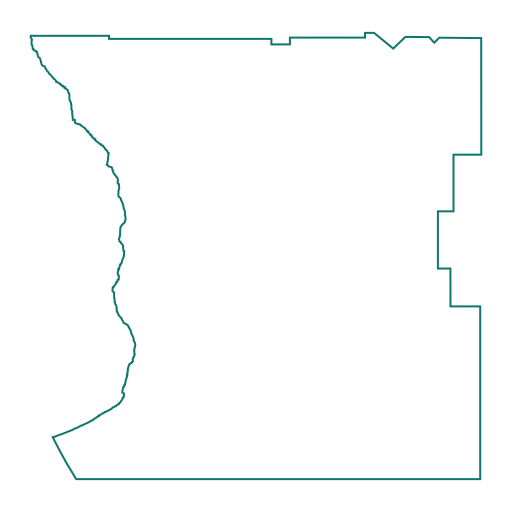 outline of 96, Ar Rayyān, Qatar
{"feature_id": "91078587B9070844542382", "entity_name": "96", "entity_type": "district", "adm_level": 2, "iso_a3": "QAT", "parent_name": "Qatar", "parent_adm1": "Ar Rayyān", "projection": "robinson", "projection_center": [50.859, 24.856], "detail": "fine", "context": "isolated", "style": "outline", "palette": "teal", "viewbox_px": 512, "rotation_deg": 0, "n_neighbors": 0, "source": "geoboundaries", "source_scale": "gbopen_adm2", "svg_char_len": 5214}
<svg xmlns="http://www.w3.org/2000/svg" viewBox="0 0 512 512"><path d="M480.2,479.1L480.2,306.4L450.5,306.4L450.4,268.5L437.9,268.5L437.9,211.3L453.5,211.3L453.5,154.7L481.3,154.7L481.2,38.1L439.3,37.7L434.2,42.7L429.2,37.1L405.4,36.9L393.2,48.6L374.1,32.9L365.0,32.9L365.0,37.6L289.9,37.6L289.9,44.4L271.4,44.4L271.4,38.9L109.0,38.9L109.0,35.8L30.7,35.8L30.7,37.6L31.9,39.3L31.5,42.6L31.7,44.9L32.5,46.0L32.7,48.8L32.9,49.1L33.7,49.3L33.9,50.2L34.1,50.4L35.7,50.8L35.9,51.0L36.0,51.6L36.3,51.7L36.4,51.8L36.9,51.8L38.2,56.9L39.8,58.1L41.0,61.4L41.0,62.3L41.8,64.8L42.8,65.8L44.8,66.5L45.0,67.7L45.7,68.5L46.5,69.8L46.9,70.8L47.4,71.4L47.6,71.6L47.9,71.7L48.5,72.3L49.3,74.0L50.3,74.6L51.3,75.6L52.3,77.1L53.6,78.2L54.2,79.2L55.0,79.6L56.0,80.7L56.2,81.9L58.2,82.5L59.0,83.4L60.5,83.8L60.7,84.0L60.7,84.8L61.3,85.5L62.9,85.7L62.9,86.5L64.5,86.9L64.5,87.8L65.3,87.7L65.5,88.6L67.5,89.8L68.2,91.9L68.6,92.3L68.6,93.2L69.0,93.6L69.4,94.9L69.4,99.5L71.0,102.8L71.0,104.0L71.4,105.3L71.4,109.5L72.2,110.7L72.2,114.9L72.6,115.8L72.8,119.9L74.8,119.9L75.0,122.4L75.6,123.1L77.5,123.9L79.9,124.3L80.1,124.5L80.6,125.2L80.9,125.2L81.4,125.8L81.7,126.0L82.0,126.2L83.9,127.4L84.1,127.7L84.6,127.9L84.7,128.1L84.8,128.1L86.0,129.6L86.8,130.4L86.9,130.8L87.2,131.2L87.8,131.2L87.8,132.0L88.6,132.2L89.2,132.9L89.4,133.5L89.8,133.8L90.2,134.8L91.4,135.0L91.8,136.7L92.2,136.7L92.8,137.5L93.5,137.9L93.7,138.7L94.7,139.0L95.3,139.1L95.1,140.0L96.5,141.4L98.1,142.3L99.6,143.9L100.8,144.1L101.0,145.0L101.4,145.2L101.8,145.3L102.1,145.3L102.4,145.6L103.2,145.8L103.4,146.7L105.0,148.3L105.0,148.8L105.4,149.3L105.7,149.7L106.0,149.8L106.5,150.4L106.8,150.4L107.4,151.5L107.9,152.9L108.0,153.1L108.7,153.3L108.5,153.8L107.7,161.3L106.8,164.7L107.5,164.8L107.9,165.7L108.7,166.5L109.4,166.6L111.1,167.1L111.5,167.1L111.6,167.4L111.8,167.7L112.2,168.2L112.2,168.8L112.5,169.2L112.4,170.1L112.7,170.7L112.9,171.1L113.1,171.1L113.3,171.3L113.3,172.6L114.1,173.8L114.5,174.6L115.0,174.7L115.1,175.0L115.9,176.1L116.8,177.2L117.5,178.1L117.9,179.9L117.9,180.1L118.0,180.5L117.5,182.8L118.0,183.4L118.2,183.8L118.7,184.1L118.7,184.3L119.0,184.3L119.2,188.4L118.4,191.0L118.4,196.1L118.8,196.8L120.0,197.6L120.6,198.3L120.8,198.5L120.8,199.3L122.8,203.9L122.8,204.7L123.2,205.2L123.5,206.4L123.5,207.7L124.7,211.0L124.9,211.7L124.9,213.2L124.9,214.4L125.1,215.1L125.6,218.8L125.4,219.4L125.5,220.2L124.7,221.5L124.7,222.3L124.5,222.7L123.3,223.7L122.7,224.2L121.8,225.2L121.3,225.7L120.4,227.7L120.3,228.6L120.0,235.3L119.6,237.4L119.2,237.8L119.0,238.9L119.6,241.5L119.8,241.8L120.6,242.0L121.3,243.4L121.9,244.0L122.0,244.1L122.5,244.5L122.8,244.9L123.2,247.8L123.4,250.7L123.5,250.9L123.7,251.2L124.2,251.2L124.1,254.1L124.0,254.5L124.0,255.8L122.8,259.1L122.4,259.5L121.6,262.9L121.2,263.3L121.0,264.1L120.4,264.1L120.1,264.6L119.7,266.6L119.3,267.0L119.1,269.1L118.3,269.1L118.1,271.6L117.7,272.1L117.7,273.7L118.1,275.0L118.7,275.4L118.9,275.8L118.7,279.6L117.5,280.0L117.1,282.1L116.3,282.1L115.7,284.2L114.2,285.9L113.6,287.1L112.8,287.1L112.4,290.9L114.1,292.6L114.2,298.0L114.6,299.2L114.6,301.8L115.0,302.2L115.0,302.6L115.4,304.3L115.8,304.7L116.2,306.0L116.6,307.2L116.6,310.1L116.9,310.5L116.9,311.6L117.0,311.6L117.6,312.2L117.7,312.6L117.7,312.9L117.8,313.4L118.3,314.0L118.5,314.7L119.3,316.0L120.1,316.8L120.7,317.4L121.7,318.5L121.7,319.3L122.9,321.0L123.7,323.1L123.9,323.3L124.3,323.4L125.0,323.5L126.2,324.1L127.0,324.8L127.8,325.3L128.3,326.2L128.7,327.2L128.8,327.2L128.8,327.3L129.1,327.8L129.6,328.8L130.2,329.5L130.4,329.8L130.4,330.6L131.1,331.8L131.1,332.8L131.3,333.1L131.3,333.7L132.3,335.2L133.5,338.1L133.5,339.8L133.9,340.6L133.9,341.1L134.7,342.3L135.3,344.7L135.1,345.7L135.1,346.5L134.5,348.6L134.3,348.6L134.2,349.1L134.2,351.0L134.3,351.1L134.4,351.5L134.4,352.1L134.3,352.4L134.3,353.5L134.8,354.1L134.3,355.2L134.3,356.1L134.2,356.2L134.0,356.4L133.9,356.6L133.7,356.7L133.7,356.8L133.4,357.3L133.1,358.6L132.7,359.0L132.8,359.6L132.8,359.8L132.9,361.5L132.1,361.8L132.0,362.0L131.8,362.2L131.8,362.8L131.0,363.0L130.2,363.8L129.8,363.9L129.6,364.1L129.3,364.4L129.2,364.9L128.8,365.3L128.7,365.8L128.8,365.8L128.7,366.3L128.4,367.1L127.7,369.0L127.9,369.8L127.8,371.0L127.5,372.1L127.4,374.5L126.9,374.5L126.8,375.3L127.0,376.2L126.8,376.7L126.9,377.0L126.7,377.6L126.6,377.9L126.1,379.0L125.7,380.3L125.1,384.5L124.6,384.5L124.2,385.4L124.1,385.6L123.9,387.0L123.4,387.0L123.0,387.9L122.4,391.3L122.2,392.0L122.4,392.7L122.9,393.1L123.8,393.3L124.1,395.0L123.5,397.5L122.9,397.5L122.5,398.4L122.2,399.6L121.4,400.4L120.4,402.5L119.6,402.7L118.8,403.4L118.8,404.2L118.0,404.4L116.8,405.2L116.1,406.1L115.3,406.1L113.7,407.3L112.9,407.3L111.3,409.0L109.4,409.8L109.0,410.3L107.8,410.7L105.8,411.9L105.0,411.9L103.5,413.2L102.7,413.2L101.1,414.5L99.9,414.9L99.5,415.3L98.7,415.5L98.7,416.3L97.6,416.5L96.0,417.8L95.6,418.2L94.4,418.6L93.2,419.9L92.1,420.3L91.7,420.7L88.9,422.0L88.5,422.4L83.8,424.5L82.6,425.3L81.8,425.3L79.1,426.6L78.3,427.4L76.3,427.9L75.1,428.7L74.3,428.7L72.4,430.0L71.6,430.2L71.2,430.4L64.1,433.2L61.0,434.4L59.0,435.0L57.1,435.8L54.7,436.7L52.7,437.1L52.8,437.4L59.7,450.7L67.0,464.0L68.5,466.3L76.1,479.1L480.2,479.1Z" fill="none" stroke="#0f766e" stroke-width="2"/></svg>